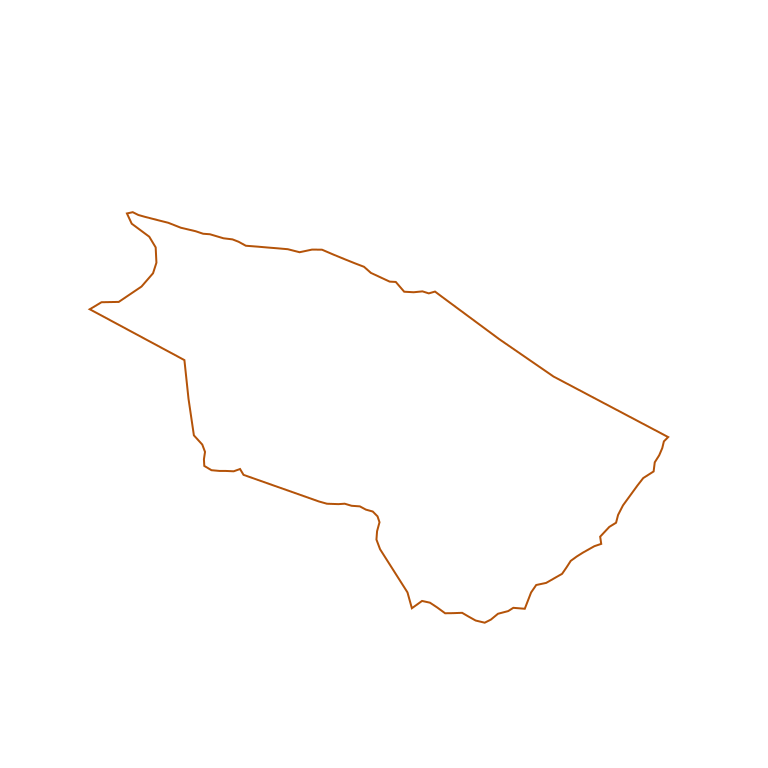 outline of Congo, Paraíba, Brazil, rotated 155°
{"feature_id": "56859067B42769683705793", "entity_name": "Congo", "entity_type": "district", "adm_level": 2, "iso_a3": "BRA", "parent_name": "Brazil", "parent_adm1": "Paraíba", "projection": "albers", "projection_center": [-36.637, -7.809], "detail": "fine", "context": "isolated", "style": "outline", "palette": "amber", "viewbox_px": 768, "rotation_deg": 155, "n_neighbors": 0, "source": "geoboundaries", "source_scale": "gbopen_adm2", "svg_char_len": 1522}
<svg xmlns="http://www.w3.org/2000/svg" viewBox="0 0 768 768"><g transform="rotate(155 384 384)"><path d="M539.1,645.9L544.9,647.2L544.9,635.9L534.5,616.7L533.2,604.3L539.0,590.1L546.5,582.0L552.3,579.4L562.6,574.8L589.7,570.5L605.5,577.5L619.1,576.1L554.8,490.0L567.4,453.3L578.0,417.8L574.3,405.9L574.9,398.1L579.0,391.9L581.5,385.7L576.8,378.8L569.6,374.6L564.2,372.1L557.1,368.4L550.4,367.8L549.7,361.0L492.7,305.1L486.3,299.6L476.1,294.4L470.2,292.1L464.8,287.3L457.6,283.3L453.5,277.8L448.1,273.2L445.8,266.8L446.5,260.6L452.5,253.5L456.6,246.2L457.4,235.9L450.8,185.2L453.5,169.0L441.2,171.3L434.8,166.4L430.3,159.1L425.5,150.4L418.4,147.2L409.9,143.6L405.8,137.7L400.9,130.9L393.6,125.1L386.7,125.3L377.8,127.6L367.4,125.7L361.4,126.5L351.4,120.8L338.8,132.9L331.0,137.5L321.1,135.2L309.2,136.2L302.8,136.7L296.0,140.7L289.5,144.8L282.2,146.2L275.1,147.1L261.9,148.1L254.7,147.3L252.6,154.3L240.1,159.3L232.3,160.2L227.2,166.4L218.7,173.0L197.2,184.9L188.8,189.2L176.6,190.8L171.7,198.6L164.7,203.1L158.9,208.3L154.6,213.7L148.9,215.8L227.2,319.1L260.6,375.9L294.8,438.9L298.7,446.2L305.1,447.2L310.0,451.7L318.3,454.6L326.7,459.1L330.2,471.5L335.6,474.4L348.9,490.2L352.6,498.7L359.2,505.5L366.8,513.6L375.0,522.5L383.4,531.9L392.3,536.2L404.8,539.1L414.2,546.8L423.9,552.4L431.3,556.6L440.5,561.9L450.8,567.7L455.7,574.4L460.2,579.1L467.9,583.9L478.5,593.3L484.4,596.6L490.2,602.1L502.1,611.5L511.4,621.3L519.4,627.8L530.1,636.6L535.2,641.0L539.1,645.9Z" fill="none" stroke="#b45309" stroke-width="2"/></g></svg>